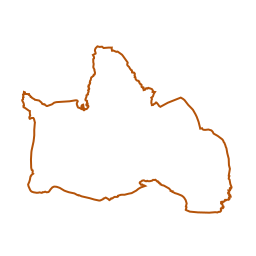 the district of Bang Krathum, Phitsanulok, Thailand, rotated 4°
{"feature_id": "78962969B64278922015209", "entity_name": "Bang Krathum", "entity_type": "district", "adm_level": 2, "iso_a3": "THA", "parent_name": "Thailand", "parent_adm1": "Phitsanulok", "projection": "orthographic", "projection_center": [100.362, 16.614], "detail": "fine", "context": "isolated", "style": "outline", "palette": "amber", "viewbox_px": 256, "rotation_deg": 4, "n_neighbors": 0, "source": "geoboundaries", "source_scale": "gbopen_adm2", "svg_char_len": 5815}
<svg xmlns="http://www.w3.org/2000/svg" viewBox="0 0 256 256"><g transform="rotate(4 128 128)"><path d="M235.4,179.7L234.0,176.8L232.9,172.4L232.0,171.6L232.1,170.3L232.5,168.9L231.8,168.6L232.5,161.6L231.3,158.0L230.6,151.6L228.8,146.2L227.6,141.3L226.9,140.1L226.3,138.4L225.2,136.1L224.5,135.4L223.8,133.9L222.9,132.8L218.0,129.6L213.8,127.6L212.7,125.8L211.4,124.6L208.3,123.9L205.2,124.5L203.7,124.5L202.7,124.2L201.9,123.4L201.8,123.1L200.1,123.6L199.6,121.9L198.0,117.0L195.8,112.1L194.3,109.5L191.5,105.3L189.9,103.8L186.5,100.8L182.4,96.2L180.6,95.0L178.5,94.0L166.0,100.0L158.8,104.6L157.3,103.7L156.5,102.5L154.6,100.6L153.9,100.7L153.6,101.4L152.9,102.0L152.1,102.4L151.4,103.3L150.2,103.5L149.9,102.1L149.5,101.4L149.5,98.9L149.9,97.4L149.1,96.1L150.6,94.9L151.4,91.9L152.4,90.2L151.4,90.1L150.7,90.4L150.5,90.2L150.0,90.3L150.0,89.9L150.2,89.6L150.3,89.2L149.7,88.2L149.2,87.6L148.8,87.4L148.3,87.3L147.5,87.0L146.3,86.9L145.8,86.5L145.2,86.6L144.7,87.3L143.8,87.0L142.8,87.4L142.8,88.1L142.4,88.6L141.0,89.1L140.8,88.1L140.4,87.7L140.6,87.1L140.6,86.5L140.1,86.3L139.7,86.5L138.8,86.2L138.6,85.7L138.6,84.7L138.5,84.0L137.9,83.5L137.3,83.5L137.1,82.9L136.3,82.3L135.9,81.4L135.9,80.9L135.4,80.8L135.1,80.2L133.8,80.1L132.6,79.2L132.2,78.7L132.0,77.4L131.1,76.8L131.5,76.0L130.8,75.0L131.1,73.7L131.0,73.3L130.3,72.4L129.8,72.3L129.4,72.5L128.9,72.3L128.2,72.3L128.0,71.7L128.2,71.2L127.7,70.1L126.9,69.9L126.5,69.3L125.8,68.6L124.9,67.1L123.1,65.6L122.7,64.3L123.1,63.4L123.1,62.7L117.9,56.4L116.9,55.3L112.5,52.6L111.9,52.5L111.4,52.8L110.9,52.8L107.8,51.7L107.5,51.7L106.9,52.1L106.7,52.1L106.2,50.3L106.2,48.9L102.6,49.2L98.1,49.9L96.4,48.7L94.0,49.1L91.8,48.7L90.2,50.6L89.9,51.3L89.6,52.4L89.6,53.2L90.5,55.5L90.5,56.0L87.9,57.6L89.2,59.7L89.2,61.0L88.5,61.7L88.8,64.9L89.2,66.0L89.3,66.9L89.1,69.6L89.4,70.4L90.4,72.0L90.4,72.6L91.2,75.0L91.2,76.3L90.9,77.0L90.1,77.2L90.1,78.1L89.8,78.6L89.4,78.7L88.9,79.3L87.8,80.2L87.4,82.9L87.0,83.4L86.8,84.4L86.7,85.5L87.1,85.7L87.0,86.4L86.3,87.6L85.9,88.0L86.2,88.3L86.2,88.7L85.5,89.3L85.8,90.2L86.1,90.4L86.1,91.1L86.5,91.2L86.6,91.4L86.5,92.1L85.8,92.7L85.6,93.3L86.0,93.6L86.2,93.9L85.9,95.5L85.4,96.4L85.7,97.3L84.3,98.3L84.4,99.7L83.5,102.4L83.8,103.4L84.9,103.6L85.3,103.9L85.3,105.5L86.0,106.2L85.9,106.5L84.8,107.3L84.9,108.1L85.4,108.6L86.6,108.3L87.0,109.0L87.0,109.6L86.5,110.5L85.4,112.0L84.2,112.1L83.1,113.3L82.8,113.4L82.6,113.3L82.5,112.9L82.6,111.3L81.9,109.5L81.8,108.1L81.6,107.8L80.4,108.6L80.0,109.6L80.3,110.3L81.2,111.3L81.7,111.6L81.7,112.2L81.4,112.5L80.4,112.4L78.2,111.3L76.9,111.1L76.1,110.0L76.0,109.3L75.4,108.4L75.3,107.7L75.2,107.0L76.0,104.8L75.5,104.2L74.8,104.0L73.4,104.1L68.0,105.4L54.7,107.2L52.6,107.9L50.5,109.7L45.9,111.7L45.3,111.7L43.7,110.8L43.1,110.1L42.1,110.3L41.7,110.0L41.3,110.1L40.6,109.8L40.1,108.8L37.4,106.8L33.1,106.3L32.9,106.0L30.1,104.6L29.4,103.8L28.7,103.8L28.2,102.6L26.8,101.9L26.8,101.1L23.1,101.2L22.7,99.6L21.7,99.3L21.7,100.1L21.4,101.2L21.5,102.0L21.0,102.2L21.6,104.6L21.1,104.8L21.3,106.7L20.6,107.3L20.6,108.1L21.9,110.1L22.4,111.4L22.7,112.9L22.1,113.3L22.4,114.6L23.6,115.0L28.2,117.8L28.9,117.9L29.1,120.7L29.6,122.2L28.8,124.1L29.1,125.4L29.5,125.7L31.3,124.7L32.9,124.6L33.6,125.6L34.8,129.2L34.7,129.6L34.6,136.3L35.0,141.8L34.9,144.7L34.7,148.2L33.4,157.2L33.3,158.9L33.4,166.2L34.2,174.4L34.9,176.6L35.1,176.7L35.7,176.8L36.0,177.5L35.9,179.5L36.2,180.1L36.5,180.3L35.0,181.6L34.5,182.4L34.6,182.6L34.1,183.3L33.7,186.7L33.3,188.5L32.3,191.3L32.8,193.0L34.7,196.6L35.5,197.6L36.4,198.2L38.2,198.7L41.5,199.0L43.0,198.8L44.1,198.4L46.6,198.7L47.3,198.0L48.5,197.9L49.8,197.3L51.2,197.8L52.5,197.6L53.1,197.4L53.8,196.7L55.1,194.5L56.7,192.5L58.4,191.6L60.3,191.6L61.2,191.7L64.1,192.5L68.8,194.9L70.8,195.5L73.5,196.2L79.2,197.0L81.5,198.1L83.3,198.7L83.6,198.4L86.5,199.4L94.8,200.7L99.3,201.7L104.3,202.4L105.4,202.2L108.0,200.8L108.5,200.0L109.0,200.0L110.5,199.0L111.0,199.1L113.5,200.4L114.4,201.2L115.7,200.3L115.7,199.7L116.3,199.3L117.4,199.3L118.4,198.3L119.6,197.6L121.0,197.6L122.4,197.4L122.8,197.0L122.7,196.3L124.9,195.4L125.7,195.1L129.3,194.8L133.2,193.5L136.2,192.7L140.7,189.8L142.6,188.0L144.9,186.4L149.2,184.6L148.4,184.2L147.3,184.1L146.2,183.4L145.3,183.8L144.9,183.7L144.6,183.1L143.6,182.3L143.5,181.7L143.8,181.1L145.1,180.3L145.8,179.5L147.5,179.1L148.6,179.6L149.8,179.9L150.8,179.3L151.7,179.7L153.7,179.5L155.8,178.8L156.6,178.0L158.3,178.0L158.8,177.7L159.1,177.8L161.1,179.5L161.4,179.5L161.6,179.2L162.0,179.4L162.0,179.8L162.5,180.5L163.0,180.5L163.2,180.9L163.7,180.9L164.3,181.3L164.3,182.0L165.1,182.2L165.8,182.6L167.7,182.9L173.2,185.5L174.9,187.2L174.9,187.8L176.7,188.0L176.5,188.5L176.8,188.7L177.9,189.0L179.4,189.7L182.1,190.3L186.3,191.7L188.0,192.8L189.0,193.8L190.6,196.0L191.8,199.2L191.2,202.4L191.9,202.9L191.3,205.6L191.6,205.8L195.5,207.1L203.6,207.3L215.1,206.8L220.9,205.9L223.2,206.0L224.0,205.4L225.6,205.2L226.1,204.8L226.5,204.2L226.4,203.7L226.6,203.4L226.4,203.0L226.2,202.1L226.4,201.6L226.7,201.4L227.5,201.5L228.2,201.4L228.6,200.8L228.2,200.6L228.6,199.7L227.9,199.5L228.0,198.9L227.8,198.2L227.3,197.7L227.2,197.0L226.4,197.0L226.1,196.8L226.1,196.4L226.5,196.1L226.6,195.9L226.3,195.6L226.1,195.8L226.0,195.4L227.0,194.9L228.0,195.3L228.4,194.7L229.1,194.6L229.5,194.0L229.8,193.8L229.7,193.1L229.9,192.9L230.1,192.9L230.2,193.4L230.4,193.5L232.1,192.5L233.4,192.6L234.3,191.4L234.2,191.0L233.6,190.8L233.5,190.4L233.7,189.9L234.1,189.5L235.2,189.3L234.7,187.9L234.3,187.6L233.7,187.7L233.8,187.0L233.6,186.6L232.6,186.5L232.3,185.8L232.7,185.2L233.5,184.6L233.4,184.0L233.1,183.7L232.7,183.6L232.6,183.4L233.3,183.4L233.5,182.8L234.2,182.7L234.3,181.9L234.9,181.3L234.9,181.1L234.5,181.0L233.8,181.3L233.8,180.9L234.2,180.5L235.4,180.2L235.4,179.7Z" fill="none" stroke="#b45309" stroke-width="2"/></g></svg>